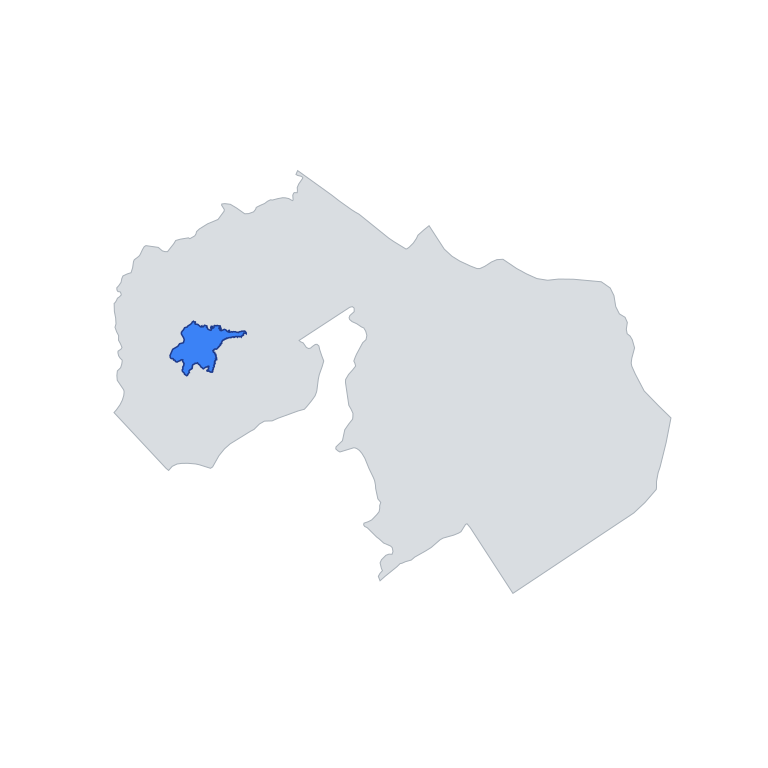 location of Kasama, Northern, Zambia, rotated 237°
{"feature_id": "96606910B49131847475849", "entity_name": "Kasama", "entity_type": "district", "adm_level": 2, "iso_a3": "ZMB", "parent_name": "Zambia", "parent_adm1": "Northern", "projection": "natural_earth1", "projection_center": [30.808, -10.551], "detail": "fine", "context": "in_parent", "style": "filled", "palette": "blue", "viewbox_px": 768, "rotation_deg": 237, "n_neighbors": 0, "source": "geoboundaries", "source_scale": "gbopen_adm2", "svg_char_len": 9545}
<svg xmlns="http://www.w3.org/2000/svg" viewBox="0 0 768 768"><g transform="rotate(237 384 384)"><path d="M492.2,508.0L464.3,508.0L454.1,510.6L445.8,514.5L435.9,520.7L430.1,524.9L428.6,527.3L427.8,532.5L427.8,540.6L426.8,546.4L423.8,551.7L408.7,558.1L398.9,563.4L389.2,569.6L381.9,577.7L376.9,587.6L368.7,599.9L351.4,621.9L341.3,626.0L332.9,625.0L322.7,620.5L314.6,619.6L308.6,622.5L303.1,621.6L297.9,617.0L293.7,615.3L290.2,616.5L285.8,616.3L277.8,613.8L270.7,605.9L266.9,602.7L264.0,601.5L255.7,600.2L236.5,598.4L216.7,602.3L199.3,606.2L181.3,588.8L164.0,570.3L160.3,565.6L153.8,559.4L149.1,556.4L147.3,554.9L142.5,538.4L139.8,523.3L138.2,378.1L216.6,378.1L221.6,377.5L221.8,375.9L218.2,368.1L218.3,365.4L219.3,360.1L222.6,349.6L222.8,346.1L221.2,334.7L221.3,328.3L222.1,315.4L221.5,311.0L223.3,305.2L223.9,301.3L224.6,299.7L223.7,295.3L222.1,279.9L221.1,273.5L225.8,274.5L227.4,277.6L228.3,281.1L230.5,281.3L236.1,283.3L238.0,286.2L239.3,292.3L238.6,295.5L236.8,298.0L238.6,300.3L242.3,301.8L244.5,301.3L250.8,297.1L256.6,295.6L259.6,294.5L272.6,291.7L275.1,290.2L276.9,290.2L278.2,291.4L277.1,295.8L276.7,299.7L278.4,307.0L279.6,310.4L282.3,312.9L284.3,314.1L286.5,316.8L291.0,316.3L300.9,320.1L303.9,321.8L308.1,323.5L311.1,324.1L321.3,325.4L332.2,327.5L337.8,327.7L341.7,327.2L344.5,326.1L346.2,324.9L347.0,323.9L351.0,310.0L353.1,308.9L355.8,308.2L357.4,309.5L359.1,318.3L367.0,326.2L369.7,332.8L371.6,338.5L373.4,340.0L376.3,342.0L381.1,342.7L385.3,342.9L406.4,352.6L408.7,354.3L411.3,359.5L412.9,365.4L414.5,370.0L417.3,370.9L419.7,371.2L422.1,374.4L423.9,377.1L430.2,388.6L431.0,393.1L434.1,396.1L438.2,397.4L442.0,397.6L444.1,396.2L449.5,393.9L453.7,391.2L456.8,390.3L458.6,390.8L460.0,392.7L460.9,398.4L463.9,400.3L466.1,399.6L466.9,397.3L467.0,396.2L466.8,336.5L464.9,337.0L462.5,338.6L456.9,338.8L454.8,340.1L454.1,342.0L454.5,344.5L454.6,347.9L453.8,349.4L451.4,350.1L447.9,348.8L441.4,347.1L436.1,346.0L432.3,341.6L427.1,334.8L423.7,331.4L415.4,324.4L414.0,323.0L411.6,319.7L409.4,314.1L407.3,307.6L406.2,303.5L408.2,297.2L413.0,276.5L414.0,270.1L418.0,263.5L418.3,257.7L416.7,250.2L417.1,246.0L417.6,222.4L416.5,214.9L413.8,206.6L407.8,195.1L407.8,192.6L416.9,185.1L419.7,182.3L424.4,176.2L427.6,171.1L429.6,166.9L430.3,161.5L428.8,156.3L431.9,155.3L507.1,142.0L508.1,145.6L510.4,151.4L513.0,155.8L516.2,159.6L519.0,161.8L520.8,162.5L532.4,162.3L536.6,164.6L540.2,167.5L541.1,172.0L543.5,174.9L546.0,177.1L547.1,177.4L549.0,176.8L552.1,176.8L555.0,177.8L556.4,178.8L556.5,182.5L557.4,184.2L561.3,184.9L565.3,185.2L569.1,187.8L573.3,188.2L578.1,189.3L580.4,192.0L585.5,194.9L591.7,197.4L598.6,201.6L598.7,202.9L599.9,205.4L601.1,207.1L601.2,209.7L601.8,212.2L603.6,212.8L605.0,212.9L606.4,211.2L608.2,211.2L610.2,212.3L610.9,215.1L612.5,218.9L615.1,221.4L616.8,223.9L616.2,228.4L615.1,232.5L618.5,236.6L623.0,240.5L624.2,242.2L624.6,247.9L625.3,249.9L628.3,254.7L629.8,257.8L629.7,259.7L621.5,269.1L616.4,270.6L614.2,272.5L612.9,274.5L616.1,284.0L617.8,287.5L616.4,292.0L613.1,299.6L611.6,300.3L611.3,306.0L612.3,308.1L613.9,309.8L614.6,313.7L614.4,323.4L612.4,334.4L616.0,344.0L617.3,345.1L622.4,345.2L623.3,346.0L622.0,348.7L618.4,353.0L611.9,356.2L602.6,359.9L600.6,363.3L599.4,368.4L600.4,371.4L601.7,373.1L601.2,377.5L600.4,382.2L600.7,385.8L600.3,389.1L599.0,390.7L597.4,395.6L595.4,400.5L593.8,402.7L591.4,405.1L587.7,407.0L587.8,408.0L592.0,410.3L593.1,411.9L593.4,412.9L591.7,415.4L593.6,416.9L596.0,418.2L598.2,421.5L600.7,427.6L601.2,428.3L601.9,428.3L603.3,427.7L605.9,425.2L607.7,424.3L610.0,427.8L571.0,443.0L561.8,446.2L548.1,451.6L543.7,453.6L540.1,455.5L503.8,467.4L498.1,469.8L485.3,475.9L484.9,476.9L485.0,479.6L486.2,485.3L488.4,490.5L490.3,493.5L491.5,501.2L492.2,508.0Z" fill="#d9dde1" stroke="#a8b0b8" stroke-width="1"/><path d="M501.3,295.9L501.8,296.3L503.5,296.3L504.3,296.0L504.3,295.6L504.9,295.0L505.1,294.4L505.8,293.6L505.8,292.7L506.4,291.7L506.6,290.7L506.4,290.2L506.5,289.8L507.0,289.6L507.5,288.6L508.8,287.9L509.4,286.8L510.0,286.2L510.2,285.5L510.1,285.1L510.5,284.8L510.8,284.7L511.1,284.4L511.1,283.6L511.6,282.4L512.0,282.2L512.4,282.7L512.8,283.4L513.3,283.5L513.4,283.4L513.4,282.9L513.1,282.2L512.8,282.0L512.7,281.6L513.6,281.3L514.2,280.9L514.7,281.0L515.5,280.8L516.8,279.9L516.9,279.5L517.0,278.0L517.2,277.7L517.2,276.8L517.4,276.5L518.2,275.8L518.6,275.8L518.7,276.1L518.1,276.5L518.0,277.0L518.7,277.1L519.3,277.6L519.5,277.7L520.2,277.0L520.2,276.4L520.1,276.0L520.4,275.8L521.1,276.5L521.0,276.8L520.6,277.4L520.7,277.8L521.4,278.1L521.7,278.0L522.0,278.2L523.1,276.7L523.9,276.1L524.3,274.9L525.1,274.0L525.3,273.9L525.4,273.5L525.1,272.9L524.0,272.1L523.9,271.3L524.2,270.9L525.0,270.8L525.4,271.0L525.8,271.4L526.5,270.6L525.8,269.5L525.5,269.2L524.9,269.4L524.5,270.0L524.1,269.8L524.2,268.9L523.8,268.8L523.3,268.4L523.3,268.1L523.6,267.6L525.0,266.7L526.3,266.1L527.5,266.5L528.3,266.1L528.7,266.6L528.9,267.1L529.1,267.1L530.4,266.0L531.0,265.6L531.0,265.4L530.7,265.2L530.8,264.5L530.4,263.5L530.6,263.1L531.1,262.8L532.0,263.0L532.0,262.5L531.4,262.0L531.4,261.6L532.6,261.0L533.3,261.0L534.1,260.6L535.0,260.5L535.3,260.1L535.6,260.1L536.1,259.6L536.2,259.3L536.6,259.0L536.7,258.6L537.0,258.3L537.9,258.5L538.4,259.4L538.7,259.6L539.0,259.5L539.3,258.8L539.7,258.4L540.4,258.4L540.4,257.7L540.4,256.9L540.1,256.5L539.8,256.0L539.5,254.8L539.5,254.3L539.4,254.1L539.5,251.2L539.0,249.9L539.7,247.8L539.8,247.4L538.8,245.6L538.7,245.2L538.5,244.9L538.3,243.7L537.9,243.1L537.8,242.4L536.8,241.6L536.2,241.3L531.9,241.1L529.7,240.5L529.5,240.1L529.1,239.7L528.7,239.1L528.3,238.9L527.9,238.0L529.1,234.5L527.9,231.6L528.2,225.7L524.4,220.0L523.5,219.7L522.7,219.2L521.5,219.3L521.0,219.6L520.7,220.3L520.4,220.7L520.2,220.9L519.7,220.9L519.1,220.6L518.7,220.6L518.7,220.9L518.2,221.4L517.3,221.6L516.9,221.4L516.8,221.5L516.4,221.4L516.0,221.6L515.3,222.2L515.3,222.4L515.0,222.7L515.1,223.4L514.9,224.0L514.9,225.1L514.7,225.2L514.6,225.4L514.7,225.6L514.6,225.9L514.8,226.5L514.7,227.1L514.5,227.5L514.5,227.8L514.3,228.0L514.0,228.0L513.7,228.3L513.5,227.9L513.6,227.7L513.3,227.6L512.4,227.5L512.2,227.6L511.8,227.4L511.4,227.5L511.0,227.4L510.6,227.6L510.4,227.5L510.1,227.5L509.9,227.1L509.5,227.0L509.2,226.5L508.7,226.2L508.3,225.9L508.3,225.2L508.1,225.0L508.1,224.8L507.3,224.3L507.2,224.0L506.0,223.5L505.9,223.0L505.9,222.6L504.8,221.9L502.8,222.1L502.0,222.4L501.2,222.3L500.8,222.0L500.5,222.2L498.4,223.0L498.3,223.9L498.5,224.2L498.7,224.3L498.9,224.9L499.1,224.9L499.1,225.3L499.3,225.6L499.7,226.7L499.6,227.0L500.8,227.3L501.1,227.5L501.3,227.9L501.3,228.2L501.6,228.8L501.4,229.0L501.5,230.0L501.4,230.4L501.7,230.8L501.4,231.1L501.6,231.6L502.0,231.9L501.9,232.0L502.1,232.2L502.7,232.3L503.1,233.0L503.9,233.4L504.0,233.6L504.1,234.1L504.3,234.3L504.1,234.7L504.2,235.2L504.0,236.0L504.1,236.3L504.0,236.6L504.2,236.8L504.0,237.0L504.0,237.3L503.6,237.7L503.4,238.1L503.4,239.1L502.4,239.2L501.8,239.1L501.4,239.2L500.8,239.8L499.9,239.8L499.6,239.7L499.2,239.9L497.9,239.8L497.6,239.8L496.7,240.4L495.5,240.5L495.0,240.9L495.2,241.8L495.2,243.1L495.0,243.7L495.2,244.2L494.7,244.8L494.6,245.4L494.8,246.0L494.4,246.7L493.9,246.6L493.2,245.5L492.2,245.2L492.1,244.9L492.1,244.4L491.8,244.0L491.7,243.5L491.9,242.9L491.1,242.7L490.4,243.7L490.4,244.1L490.1,244.4L489.0,244.6L488.6,245.1L488.4,245.1L488.0,245.4L488.0,245.9L487.4,246.6L487.7,247.1L487.9,247.1L488.3,247.5L488.5,247.5L488.9,247.6L489.0,248.2L489.3,248.2L489.5,248.6L489.4,248.8L489.6,249.2L490.7,249.6L490.7,250.3L491.0,251.1L491.4,251.3L491.8,251.3L492.1,251.7L492.4,251.6L492.6,252.3L492.9,252.3L493.1,252.7L493.1,253.1L493.3,253.0L493.8,253.1L493.8,253.6L494.1,253.5L494.5,253.7L494.4,253.9L494.7,254.4L495.0,254.6L495.2,254.4L495.3,254.4L495.4,254.8L495.4,255.0L495.5,255.0L495.4,255.5L495.7,255.7L495.6,255.9L495.7,256.2L496.1,256.3L495.9,256.6L496.2,256.6L496.0,256.8L496.0,257.2L496.6,257.2L496.7,257.5L497.0,257.5L497.3,257.9L497.7,257.9L497.9,257.7L498.2,258.0L498.4,257.9L498.7,258.0L499.0,258.3L499.3,258.2L499.4,258.5L499.6,258.4L499.7,258.6L500.1,258.7L500.4,259.1L500.7,259.1L500.9,258.7L501.4,258.5L502.0,258.7L501.9,258.8L502.0,258.9L502.4,258.9L502.8,258.7L502.9,259.0L503.2,258.7L503.4,258.7L503.9,258.5L503.9,258.4L505.2,258.7L505.2,259.4L505.0,259.7L505.5,260.1L505.5,260.9L505.3,261.6L504.9,261.8L504.8,262.1L504.6,262.2L504.5,262.6L504.5,262.9L504.5,263.4L504.6,263.5L504.6,263.9L504.9,264.5L504.9,265.1L505.1,265.1L505.2,265.5L505.3,265.5L505.4,265.9L505.3,266.5L505.4,266.8L505.5,266.8L505.7,268.0L506.2,268.0L506.2,268.5L506.4,268.7L506.3,269.4L506.6,269.8L506.7,269.7L506.7,270.0L506.9,269.9L507.0,270.2L507.6,270.6L507.7,271.1L508.2,271.6L508.1,271.9L508.3,272.2L508.3,272.7L508.5,273.1L508.3,273.2L508.1,274.0L508.5,274.6L507.9,275.7L507.9,276.0L508.2,276.2L508.1,276.5L508.2,276.8L507.9,276.9L507.7,277.2L507.8,277.6L507.6,278.0L507.5,278.8L507.3,278.9L507.1,279.7L506.7,280.5L506.4,280.6L506.4,281.0L506.1,281.2L506.1,281.7L506.2,282.0L505.9,282.9L505.6,283.0L505.5,283.5L505.2,283.9L504.9,284.0L504.7,283.8L504.6,284.0L504.9,284.2L504.7,284.6L504.7,285.2L504.6,285.3L504.6,285.5L504.1,285.9L504.1,286.3L503.8,286.7L503.1,286.7L503.2,286.9L503.4,286.9L503.2,287.7L502.8,288.3L502.4,288.3L502.3,288.6L502.2,289.1L501.8,289.7L501.5,289.7L501.4,290.0L501.2,290.0L501.5,290.4L501.5,290.8L501.7,291.1L501.8,291.2L501.7,291.4L501.8,291.5L501.7,291.7L501.8,292.0L501.5,292.3L501.6,292.9L502.5,293.3L502.6,293.6L502.9,293.8L502.8,294.1L503.0,294.3L502.5,294.9L501.9,295.3L501.8,295.8L501.3,295.9Z" fill="#3b82f6" stroke="#1e3a8a" stroke-width="1.5"/></g></svg>